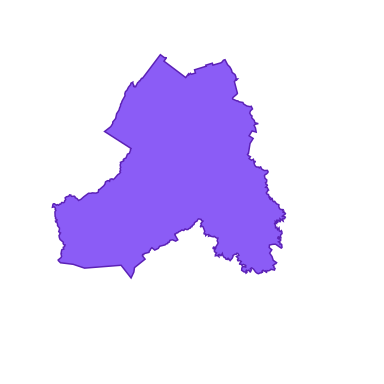 outline of Barossa, South Australia, Australia, rotated 212°
{"feature_id": "25037944B31531764292735", "entity_name": "Barossa", "entity_type": "district", "adm_level": 2, "iso_a3": "AUS", "parent_name": "Australia", "parent_adm1": "South Australia", "projection": "albers", "projection_center": [138.893, -34.613], "detail": "fine", "context": "isolated", "style": "filled", "palette": "violet", "viewbox_px": 384, "rotation_deg": 212, "n_neighbors": 0, "source": "geoboundaries", "source_scale": "gbopen_adm2", "svg_char_len": 6066}
<svg xmlns="http://www.w3.org/2000/svg" viewBox="0 0 384 384"><g transform="rotate(212 192 192)"><path d="M234.1,321.7L235.2,320.4L235.4,318.2L235.9,316.9L241.5,310.7L243.0,312.0L247.5,306.9L246.6,306.2L254.6,297.0L252.1,294.7L255.0,291.5L256.3,291.8L256.8,289.6L257.6,290.2L258.0,285.7L285.1,288.1L284.8,292.2L284.4,292.5L286.8,291.3L291.6,291.7L294.2,262.2L294.7,262.1L295.1,260.7L295.0,258.8L295.5,258.4L295.5,257.1L296.0,255.9L295.6,251.4L296.5,251.4L296.5,250.8L297.4,250.6L298.8,252.3L299.7,252.6L300.4,253.8L301.4,252.0L301.0,250.2L301.4,247.3L301.1,243.7L301.6,241.9L301.0,239.7L299.8,238.1L299.5,232.1L298.9,229.6L299.1,228.7L298.1,226.7L298.1,225.5L297.3,222.7L297.4,218.4L295.7,213.9L296.3,209.4L295.5,208.0L295.5,204.4L298.2,197.0L266.7,196.6L266.7,195.3L266.3,195.0L265.6,191.6L266.8,189.9L266.0,185.9L267.3,183.9L267.3,182.9L266.7,182.7L266.5,182.1L268.4,179.2L267.5,178.4L267.4,177.3L266.8,176.3L265.5,175.1L265.4,173.8L264.1,172.7L264.2,171.4L263.1,170.8L263.4,168.8L264.1,167.4L264.9,162.2L265.5,160.8L266.8,160.8L268.2,159.4L267.6,157.5L268.4,157.6L269.7,156.8L270.7,154.8L270.0,152.5L270.1,150.5L271.9,144.7L272.4,144.5L271.4,142.1L272.8,140.2L276.3,138.3L276.8,137.5L279.1,136.1L281.2,130.7L282.3,126.9L283.7,124.7L286.0,125.5L288.1,125.3L288.7,126.0L289.6,126.1L291.7,124.5L292.6,124.6L293.1,125.2L294.3,124.7L294.3,123.1L296.0,121.4L296.5,119.8L295.1,118.6L295.3,116.9L294.8,115.9L295.1,115.0L296.9,114.1L297.0,112.1L297.9,111.5L298.1,110.1L299.6,109.9L300.0,109.0L302.5,109.1L303.3,108.5L303.3,107.7L302.3,105.1L301.0,106.4L300.5,106.4L299.0,105.6L298.8,104.7L297.8,104.4L297.7,102.5L295.1,98.7L294.1,98.1L293.6,97.0L291.6,96.8L291.6,96.1L292.4,95.0L291.7,94.4L290.9,95.0L288.9,93.4L288.2,92.2L285.3,91.2L284.5,89.8L284.0,87.7L281.8,87.6L282.0,86.4L281.7,86.1L281.7,84.6L280.2,82.9L278.7,81.8L274.5,81.2L273.9,79.9L272.6,79.4L271.6,79.8L271.2,78.1L271.9,76.9L270.5,75.6L271.6,74.5L271.8,73.8L270.6,70.8L270.2,70.7L270.3,70.1L268.5,68.4L268.3,67.0L269.5,63.4L269.0,63.0L266.0,62.3L254.5,67.7L242.8,70.5L213.3,92.3L198.1,86.8L198.9,93.3L200.7,97.4L196.2,110.2L200.2,111.6L200.7,112.8L199.8,113.2L199.9,114.4L196.5,118.0L196.9,119.6L196.6,120.5L196.9,121.5L196.5,123.5L192.8,123.0L190.7,126.3L190.7,128.8L186.8,132.9L186.3,134.4L185.3,135.4L185.7,136.5L184.7,137.5L185.1,139.3L183.3,141.1L179.8,141.7L178.7,143.9L184.0,146.7L184.2,147.4L183.7,147.6L183.4,149.2L182.5,149.7L182.2,151.4L181.5,152.0L180.5,154.4L178.6,155.0L178.3,157.0L176.6,157.3L175.6,158.0L175.4,159.1L174.3,160.6L174.6,161.4L173.6,162.6L174.0,163.7L173.1,165.5L173.6,167.2L173.1,168.9L172.4,169.7L172.5,172.0L172.1,172.8L169.6,173.6L169.0,172.9L167.3,173.1L167.8,170.1L167.0,169.7L166.6,167.3L166.2,167.2L166.5,168.3L164.1,168.3L160.4,165.5L159.9,163.3L159.4,162.9L158.2,163.6L157.3,162.4L157.1,163.3L155.2,164.8L154.7,164.6L154.4,163.4L153.3,164.7L152.6,164.4L150.1,165.3L149.8,166.1L146.7,166.0L145.6,166.6L144.8,163.9L143.1,162.9L142.7,162.0L142.7,157.4L144.5,156.7L144.5,155.9L144.2,155.3L143.6,155.2L142.1,156.5L141.9,153.9L141.2,153.3L138.9,153.3L139.0,151.5L138.4,150.2L136.9,151.6L134.9,151.4L136.2,153.0L135.4,153.7L134.1,153.2L133.6,153.5L133.7,155.9L132.4,154.6L130.0,153.5L129.1,153.9L127.6,153.0L126.0,153.7L126.6,154.5L126.1,155.0L123.3,154.0L122.8,157.1L123.1,159.1L123.6,159.9L122.6,162.0L121.5,162.5L121.5,163.8L120.6,164.2L118.7,163.2L120.1,160.8L117.4,160.2L117.2,159.8L117.6,158.8L117.0,158.2L116.4,158.0L115.0,159.2L113.4,159.2L113.7,156.6L113.4,156.1L111.7,156.8L110.5,156.1L110.7,156.9L110.2,157.8L107.5,158.2L106.7,156.8L108.6,156.2L109.5,155.1L109.4,153.8L108.4,151.9L105.5,151.8L104.2,152.5L103.2,151.8L102.8,152.9L104.4,154.0L104.4,154.5L103.0,154.8L102.3,155.9L100.6,155.0L100.1,155.2L100.4,157.4L101.8,158.1L101.2,159.3L98.9,159.2L95.6,157.8L93.5,157.6L92.2,158.0L91.4,159.4L90.5,160.0L90.5,160.8L89.8,161.2L90.7,162.2L90.3,163.3L88.8,163.1L88.1,164.0L87.0,163.3L86.2,163.4L86.7,165.1L85.1,165.9L84.1,167.7L84.1,168.3L80.7,169.5L81.1,171.2L82.4,171.2L83.1,172.4L84.4,172.7L83.6,174.8L82.9,175.7L82.8,176.9L86.9,177.1L90.0,179.7L93.8,181.3L93.7,185.3L97.1,185.8L98.2,188.1L95.8,190.4L93.5,192.0L86.9,191.7L86.5,191.8L86.3,192.7L88.1,195.0L88.9,195.1L89.8,194.5L90.6,195.7L92.2,195.6L91.1,197.6L91.4,198.5L92.5,198.7L93.8,198.1L94.9,198.3L95.1,199.4L94.7,200.0L93.3,199.5L92.3,200.3L93.3,201.0L94.1,202.8L93.6,204.4L94.8,206.0L95.8,206.6L96.2,205.3L97.5,205.3L99.2,207.7L99.6,205.5L101.4,207.1L102.2,206.0L103.8,208.1L105.3,209.0L105.3,209.5L103.9,210.0L105.4,211.0L103.7,211.1L103.2,211.7L103.3,212.1L105.1,212.3L105.2,213.0L103.8,213.8L101.8,213.4L101.4,213.7L103.2,215.9L99.4,215.7L100.9,217.2L99.4,218.4L99.5,220.1L100.2,220.2L102.0,219.2L102.6,219.3L101.3,222.5L101.4,223.3L102.5,223.5L103.9,223.1L103.9,224.4L105.2,224.2L105.4,225.3L107.6,224.2L108.9,224.3L110.8,225.7L111.5,227.2L114.1,226.8L117.0,227.9L117.5,227.1L118.5,227.1L120.6,229.0L121.2,228.6L120.9,228.1L121.1,227.3L121.7,227.2L123.5,228.2L122.9,228.9L125.0,229.4L125.8,230.4L127.1,230.0L128.1,230.3L128.7,231.1L128.2,232.2L128.7,233.4L128.1,234.2L130.5,235.6L132.0,235.0L131.6,237.5L132.5,238.1L133.3,237.8L134.6,238.9L134.0,240.0L135.0,241.9L137.4,242.3L139.2,244.2L139.1,245.8L138.4,246.7L138.0,248.5L138.1,249.4L139.5,250.3L142.1,248.5L145.1,248.4L147.1,249.7L147.5,249.3L147.7,248.1L149.1,248.3L150.2,247.5L151.4,247.4L152.9,247.9L154.9,249.6L155.0,250.1L154.4,250.8L154.6,251.4L156.0,250.9L157.3,252.3L158.4,250.5L161.3,250.6L161.2,252.9L163.3,252.7L164.8,253.2L164.6,254.7L164.9,254.8L164.8,255.2L168.5,263.9L168.5,269.8L173.4,269.9L173.4,275.6L169.3,276.8L172.1,279.9L174.7,281.4L174.2,283.0L172.0,285.1L175.4,284.1L177.2,285.7L180.7,286.6L181.4,288.3L182.5,288.3L184.9,289.5L185.4,291.9L184.7,294.5L187.2,296.1L187.9,295.2L191.1,294.0L194.8,294.0L196.3,294.9L199.9,293.4L201.4,293.6L202.4,293.0L206.7,292.4L207.3,293.0L207.3,294.0L205.8,298.6L205.8,299.8L214.6,308.1L214.3,309.4L214.5,310.0L213.6,310.3L213.3,312.0L214.5,311.2L216.0,313.1L217.8,314.4L221.3,314.7L223.4,316.6L226.2,318.1L229.3,318.8L234.1,321.7Z" fill="#8b5cf6" stroke="#5b21b6" stroke-width="1.5"/></g></svg>